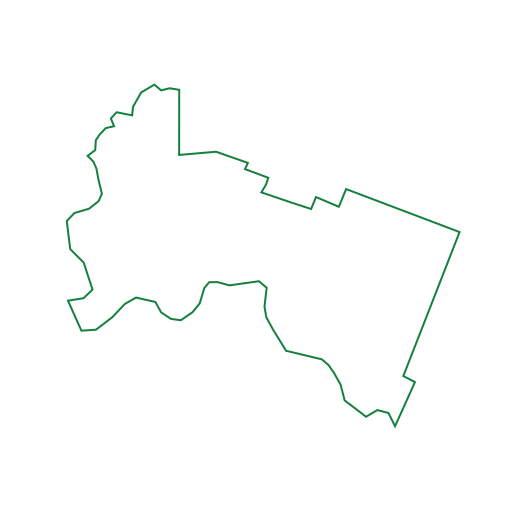 Dona Francisca, Rio Grande do Sul, Brazil (orthographic projection), rotated 110°
{"feature_id": "56859067B48007272498285", "entity_name": "Dona Francisca", "entity_type": "district", "adm_level": 2, "iso_a3": "BRA", "parent_name": "Brazil", "parent_adm1": "Rio Grande do Sul", "projection": "orthographic", "projection_center": [-53.341, -29.561], "detail": "fine", "context": "isolated", "style": "outline", "palette": "green", "viewbox_px": 512, "rotation_deg": 110, "n_neighbors": 0, "source": "geoboundaries", "source_scale": "gbopen_adm2", "svg_char_len": 1057}
<svg xmlns="http://www.w3.org/2000/svg" viewBox="0 0 512 512"><g transform="rotate(110 256 256)"><path d="M368.4,67.1L320.1,63.5L318.4,76.5L233.0,74.5L163.9,72.9L162.3,194.2L181.4,195.0L180.1,219.8L193.0,220.3L193.7,241.8L194.4,272.7L185.3,271.0L178.3,271.2L178.1,296.0L171.3,295.5L171.7,329.2L187.3,362.8L126.1,385.0L127.9,394.5L132.8,401.8L129.7,410.1L141.5,419.8L157.8,422.6L166.2,420.5L168.6,436.1L176.4,439.4L182.6,433.8L187.3,441.0L195.8,444.6L202.0,446.1L211.5,443.3L219.5,448.5L223.0,441.0L228.5,435.8L237.6,430.5L250.2,422.1L258.2,422.6L268.6,429.0L277.7,441.3L287.8,445.8L313.1,432.9L321.1,415.7L343.5,398.1L354.7,403.7L362.3,417.4L385.9,394.5L380.0,381.2L362.7,370.1L346.0,362.9L336.1,354.5L333.6,334.8L341.4,325.9L344.2,314.4L342.1,304.7L330.5,296.4L319.8,292.7L303.8,293.6L296.7,291.1L293.7,283.2L292.7,271.0L278.7,244.6L282.2,235.1L300.7,230.7L310.0,225.4L319.1,215.1L334.8,195.3L330.6,158.9L333.7,150.5L339.7,142.1L348.1,132.4L361.4,123.3L369.4,97.6L359.3,89.3L358.2,77.9L368.4,67.1Z" fill="none" stroke="#15803d" stroke-width="2"/></g></svg>